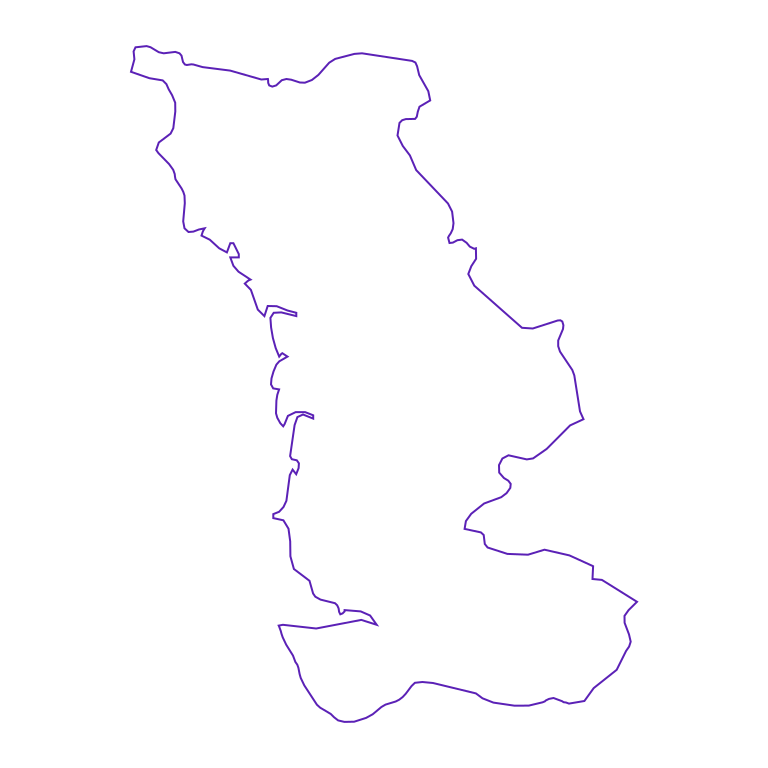 outline of Manche
{"feature_id": "FRA-5322", "entity_name": "Manche", "entity_type": "Metropolitan department", "adm_level": 1, "iso_a3": "FRA", "parent_name": "France", "parent_adm1": "", "projection": "equal_earth", "projection_center": [-1.411, 49.095], "detail": "fine", "context": "isolated", "style": "outline", "palette": "violet", "viewbox_px": 768, "rotation_deg": 0, "n_neighbors": 0, "source": "natural_earth", "source_scale": "10m", "svg_char_len": 3597}
<svg xmlns="http://www.w3.org/2000/svg" viewBox="0 0 768 768"><path d="M278.7,625.6L282.9,624.8L316.2,628.5L361.3,619.9L376.7,624.8L370.1,615.5L360.7,611.4L344.6,610.1L344.6,611.4L342.6,613.4L340.3,614.3L339.1,611.8L338.6,608.4L337.2,605.3L335.0,603.2L320.5,599.6L315.3,596.7L313.1,593.5L309.5,580.8L293.9,569.0L290.4,556.3L290.2,541.4L288.5,528.7L283.4,520.3L273.3,518.1L273.3,514.1L279.1,511.8L283.5,507.0L286.4,500.8L289.8,475.1L292.6,469.6L296.2,474.2L298.6,468.1L298.9,463.3L296.8,460.3L291.8,459.2L290.1,456.1L294.6,425.1L297.4,417.1L303.0,414.5L313.2,418.6L313.2,415.3L305.1,412.1L295.7,412.1L287.9,415.9L284.6,424.1L283.2,426.3L280.3,423.2L277.3,417.8L276.0,413.3L276.4,400.6L277.3,394.8L279.1,389.4L273.2,388.4L271.0,384.4L271.5,378.4L273.5,371.5L276.4,364.6L279.3,361.3L287.5,356.6L282.3,353.2L281.3,353.9L279.2,356.6L275.7,348.1L272.9,338.0L271.1,327.5L270.4,317.9L273.7,312.8L281.3,312.4L296.3,316.1L296.3,312.8L287.5,310.5L276.7,306.2L267.7,306.0L264.4,316.1L257.8,309.6L250.9,289.9L244.8,283.6L247.5,281.2L248.6,280.4L250.5,279.6L238.5,271.7L233.4,265.8L230.3,257.4L238.8,257.4L238.8,254.1L233.4,243.2L230.3,243.2L226.9,252.4L219.2,248.3L209.8,239.7L201.5,235.6L202.7,231.9L203.4,230.4L204.7,228.3L198.9,229.5L193.4,231.6L188.5,232.0L184.5,228.3L183.2,221.4L184.8,203.2L184.5,195.6L183.3,191.9L181.6,188.5L175.5,179.3L175.0,176.7L174.7,174.0L173.2,169.8L169.1,164.1L158.4,153.1L156.2,150.0L158.8,142.5L170.6,133.6L173.3,128.2L175.3,111.5L175.2,102.7L172.1,95.2L168.7,89.3L166.4,84.1L162.7,80.4L149.4,78.2L131.0,71.8L134.4,59.3L133.6,51.4L135.5,47.3L146.6,46.1L150.5,47.2L158.8,52.2L163.7,53.3L175.3,51.9L179.5,53.3L181.5,55.6L183.0,62.0L184.9,64.5L186.8,65.0L191.4,64.3L193.4,64.5L202.6,67.1L230.2,70.6L261.3,79.5L267.9,79.0L268.1,80.3L268.2,82.9L269.2,85.4L272.3,86.6L276.2,85.4L281.8,80.2L286.4,79.0L291.2,79.7L299.9,82.5L304.9,82.7L311.9,80.0L318.4,74.9L329.2,62.7L335.2,58.9L354.4,53.9L362.0,53.3L412.1,60.9L415.4,62.5L417.1,66.3L419.2,75.1L428.3,91.2L430.2,100.4L419.5,106.7L417.8,111.7L416.8,116.7L415.1,118.9L405.8,119.1L402.2,120.2L399.5,122.9L397.5,135.5L402.8,146.0L409.9,155.4L416.2,170.1L448.0,203.5L452.1,211.6L453.5,223.2L452.7,229.1L450.8,233.2L448.9,236.0L448.1,237.6L449.5,243.0L452.9,242.6L457.4,240.2L462.1,239.6L466.6,242.8L469.8,246.6L474.2,248.8L475.9,248.3L476.1,258.8L471.3,266.2L468.3,274.0L474.3,285.7L522.0,327.8L532.8,328.5L557.7,320.5L560.4,320.3L562.3,321.5L563.4,325.2L563.0,329.0L558.2,340.5L558.2,346.2L560.0,351.6L572.3,370.0L574.3,375.4L580.0,411.4L583.5,419.2L570.1,425.4L546.7,448.9L533.1,458.4L526.8,459.4L508.5,455.3L502.4,458.5L499.0,465.1L499.2,472.6L503.9,478.0L508.3,480.7L510.7,483.9L510.3,487.9L506.6,493.1L501.2,497.2L484.1,503.5L471.2,513.8L465.9,521.1L464.6,528.9L480.9,532.4L483.7,535.0L484.8,544.0L487.6,547.5L507.4,553.9L528.0,554.7L544.5,549.7L569.4,555.4L593.1,566.2L592.5,579.0L601.9,579.9L637.0,601.8L628.6,610.1L624.5,615.9L624.6,622.8L629.0,634.4L630.7,641.7L629.1,646.6L626.1,650.9L616.7,669.8L593.7,688.1L584.4,701.0L569.0,703.6L566.0,702.5L563.6,702.2L562.1,701.2L553.5,698.0L549.0,698.9L545.9,700.4L544.8,701.4L542.6,702.3L528.8,705.6L514.6,705.7L493.4,702.6L482.5,698.3L475.9,693.4L433.0,683.0L422.4,682.0L414.9,682.8L411.5,686.1L405.7,693.8L402.6,697.1L399.2,699.7L395.7,701.5L385.5,704.6L381.4,707.0L372.8,714.2L366.1,717.9L354.2,721.7L344.4,721.9L338.1,720.4L334.0,717.2L330.8,714.0L320.2,707.7L316.9,704.7L304.3,685.4L300.7,677.9L299.6,674.0L298.4,667.8L297.3,664.7L295.4,662.0L293.0,655.6L286.2,644.7L282.7,637.3L281.5,633.8L280.8,631.1L279.2,626.7L278.7,625.6Z" fill="none" stroke="#5b21b6" stroke-width="2"/></svg>